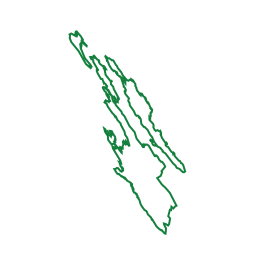 the district of Ålesund nor, Møre og Romsdal, Norway, rotated 62°
{"feature_id": "86288312B66983801026495", "entity_name": "Ålesund nor", "entity_type": "district", "adm_level": 2, "iso_a3": "NOR", "parent_name": "Norway", "parent_adm1": "Møre og Romsdal", "projection": "robinson", "projection_center": [6.304, 62.469], "detail": "fine", "context": "isolated", "style": "outline", "palette": "green", "viewbox_px": 256, "rotation_deg": 62, "n_neighbors": 0, "source": "geoboundaries", "source_scale": "gbopen_adm2", "svg_char_len": 5942}
<svg xmlns="http://www.w3.org/2000/svg" viewBox="0 0 256 256"><g transform="rotate(62 128 128)"><path d="M139.0,150.9L153.0,150.1L155.0,150.5L153.9,151.0L154.3,151.3L153.9,151.7L156.3,151.5L156.9,151.8L156.6,152.2L158.7,152.5L159.6,151.9L161.6,152.3L161.1,151.5L162.5,151.5L161.7,151.7L163.3,152.3L163.6,153.8L162.8,153.8L162.7,154.8L158.7,155.7L158.0,156.9L158.4,158.3L157.9,159.3L161.1,159.2L163.3,158.9L164.3,158.2L164.3,157.6L167.6,156.6L167.5,156.2L170.4,154.9L169.6,154.7L170.6,154.0L174.3,153.4L177.2,151.5L179.3,150.8L179.7,151.0L178.4,151.7L181.1,152.4L182.0,151.7L184.2,151.7L184.5,151.8L183.7,152.5L185.9,153.0L188.0,152.9L188.3,152.2L190.3,151.4L190.5,151.9L192.4,151.4L193.1,152.0L193.9,151.8L193.8,152.2L196.6,151.7L201.0,152.6L203.7,152.6L208.1,151.9L210.2,150.7L213.7,151.0L217.8,149.7L219.9,150.0L219.9,149.5L228.4,149.0L231.7,147.9L234.0,146.7L234.0,146.2L238.1,145.2L238.9,144.5L234.6,141.6L230.4,141.5L229.2,141.1L230.7,139.6L232.9,138.4L232.1,136.8L227.6,133.3L224.8,133.9L219.9,129.4L220.7,128.5L217.9,126.6L220.3,125.8L219.4,123.3L219.4,121.7L205.0,121.5L198.7,122.9L193.8,124.6L185.9,125.7L185.6,121.5L183.0,118.6L181.9,118.7L179.6,113.3L176.9,113.2L173.8,113.8L173.4,114.6L170.8,115.4L167.5,115.3L165.6,115.8L165.2,116.3L165.7,117.0L165.3,117.6L153.4,118.0L151.7,118.8L150.9,120.2L151.2,120.3L151.1,121.2L150.3,121.5L152.0,122.6L152.3,123.0L151.9,123.7L149.8,123.3L149.9,123.7L149.1,123.5L148.4,124.1L141.4,125.4L134.8,124.1L126.9,125.8L115.6,125.6L112.6,126.5L110.6,126.1L102.0,128.0L98.6,127.5L98.8,128.1L97.5,127.9L97.5,128.5L94.7,128.1L94.5,127.6L91.6,127.4L88.5,128.1L86.1,127.9L80.9,129.7L80.2,130.7L80.4,131.2L81.5,131.4L84.5,131.3L86.0,130.7L89.0,130.6L89.5,129.8L91.3,130.1L89.6,131.3L95.8,131.2L95.7,131.7L94.9,132.0L96.0,132.8L93.4,134.5L93.9,134.8L93.7,135.3L95.2,135.4L93.8,135.8L94.3,136.7L96.8,135.5L99.6,135.8L107.2,134.9L109.8,134.1L111.9,134.1L111.6,133.6L112.2,133.3L115.8,133.6L120.6,132.4L121.8,132.8L129.4,132.8L133.1,133.7L136.2,133.3L144.1,135.0L144.0,135.6L138.4,136.1L139.4,137.1L140.3,137.1L141.1,136.4L140.9,136.9L141.6,137.1L141.5,137.9L137.3,138.1L137.8,139.0L140.2,139.7L141.7,141.4L143.4,142.2L142.4,142.9L143.6,142.9L143.5,143.4L142.8,144.0L141.1,144.3L141.1,145.1L145.7,144.5L146.4,144.9L143.2,145.2L144.5,145.7L138.1,146.8L138.4,147.7L141.3,148.5L140.3,148.6L140.0,149.5L138.1,149.7L137.2,150.4L139.0,150.9ZM193.4,99.3L193.1,97.9L186.8,96.7L184.8,96.9L183.8,97.7L181.7,97.6L180.9,98.4L175.3,99.8L173.2,99.9L173.1,99.3L172.2,99.0L171.1,99.4L171.7,100.3L170.7,100.1L169.3,100.9L163.5,101.5L163.0,102.1L161.2,102.9L160.4,102.6L160.5,101.1L160.3,101.0L158.8,101.0L158.6,102.0L152.9,102.6L149.2,102.3L149.2,101.8L147.9,101.5L147.8,101.1L146.3,100.9L146.5,101.2L143.8,102.9L143.8,103.8L143.3,104.4L143.5,104.9L141.8,105.4L139.0,105.2L137.9,104.2L136.1,103.9L131.1,105.2L130.3,105.0L128.1,103.8L129.3,103.5L128.3,102.9L128.1,102.2L125.5,101.3L124.9,100.2L125.4,100.2L125.2,99.7L123.7,98.4L121.9,98.8L122.1,98.2L120.1,98.6L115.4,98.2L114.6,98.4L114.9,99.0L112.1,99.2L109.7,99.0L110.2,98.5L109.4,98.4L107.1,99.6L104.3,99.6L103.1,101.1L104.5,100.6L105.2,101.3L102.2,101.5L104.1,101.4L104.0,101.9L100.6,102.0L100.0,102.4L96.5,102.0L96.1,101.6L94.2,101.8L93.0,100.9L88.3,101.2L87.0,101.9L88.4,102.2L86.2,103.5L86.5,105.4L85.2,106.5L79.1,107.9L75.5,107.8L70.1,108.9L68.2,108.6L66.5,109.1L61.8,109.2L61.0,109.5L60.7,110.4L57.8,111.7L57.1,113.0L54.0,114.1L54.3,114.5L58.5,114.4L59.0,114.7L58.4,114.9L59.0,115.1L59.7,114.6L63.6,115.1L68.4,114.8L70.9,114.0L70.7,113.4L73.6,111.7L74.5,111.8L74.2,112.6L75.5,112.5L78.6,111.3L78.5,110.9L79.1,110.5L80.9,110.4L81.4,109.8L81.2,109.2L82.5,108.2L85.4,108.4L87.2,109.3L84.3,109.6L83.3,110.5L81.4,110.3L81.3,110.7L89.1,112.0L89.4,112.4L90.9,111.9L93.6,112.1L94.5,113.0L94.0,113.6L94.5,113.4L94.0,113.7L94.2,113.9L96.7,114.3L102.3,113.3L103.7,114.8L105.5,115.2L106.2,114.8L109.1,115.8L115.7,114.9L119.7,115.2L121.3,114.7L121.4,113.8L122.0,113.3L124.0,112.7L124.1,113.3L126.1,112.6L130.8,114.3L134.5,113.5L134.8,112.9L138.7,111.6L144.4,111.6L147.5,111.0L152.5,111.5L149.0,113.5L149.3,114.1L150.6,113.9L151.8,112.9L152.6,113.7L154.5,113.8L156.1,112.8L156.6,111.9L154.7,111.1L158.4,110.5L160.5,108.9L164.4,108.0L165.0,108.5L168.0,106.9L180.6,104.8L183.4,103.7L186.0,103.7L188.2,101.8L192.7,100.3L193.4,99.3ZM64.5,119.9L62.5,120.0L61.5,120.7L61.4,121.3L58.1,122.7L55.8,122.7L55.6,122.1L54.3,122.0L53.2,123.0L47.4,124.2L50.0,125.0L48.0,127.0L47.6,128.0L50.9,128.1L48.8,127.6L51.8,126.9L53.3,127.6L62.7,127.2L62.8,127.8L61.6,128.0L62.9,128.8L65.3,129.1L71.9,128.9L72.6,127.7L76.8,128.2L76.6,127.9L77.5,127.9L77.2,127.8L78.4,127.3L81.5,126.8L82.0,126.9L79.9,127.3L82.0,127.5L82.3,128.2L81.9,128.2L82.0,128.5L82.9,128.7L85.4,127.5L90.0,127.5L94.4,126.6L95.2,125.9L92.8,125.8L94.8,125.4L96.5,125.5L96.3,126.1L98.6,126.2L99.4,126.0L99.2,125.8L100.4,124.9L97.4,123.4L98.5,123.1L98.2,122.4L97.2,122.2L87.1,122.3L84.5,121.7L81.4,122.5L79.8,121.8L79.2,120.4L78.9,120.4L79.2,121.3L70.6,122.8L65.5,121.3L66.1,120.6L65.9,120.2L65.1,120.4L64.6,121.3L63.6,121.4L63.4,120.6L64.5,119.9ZM25.0,126.6L18.6,128.0L18.4,128.9L18.9,129.4L22.1,129.3L22.5,129.7L20.6,130.2L20.4,131.0L21.8,131.3L18.0,133.7L17.9,135.4L17.1,135.6L18.9,135.7L21.3,137.1L20.6,137.2L25.6,137.7L36.9,135.5L51.8,135.1L55.9,133.5L55.0,133.3L56.5,132.1L57.2,132.2L56.8,131.4L54.6,131.5L46.2,133.3L35.3,132.3L33.8,131.6L34.5,131.4L31.9,131.1L31.7,130.6L33.7,130.6L33.1,130.1L31.0,130.1L30.8,129.3L32.3,129.0L30.4,128.4L36.3,126.1L36.0,125.8L30.3,127.3L28.8,127.0L29.3,126.7L28.9,126.4L25.0,126.6ZM123.9,143.7L123.1,143.9L122.0,145.4L126.0,146.2L127.4,147.1L124.4,148.0L121.5,147.5L120.9,147.8L121.1,148.8L120.0,149.1L118.7,148.6L117.3,149.2L120.7,150.0L125.5,149.5L128.8,151.0L130.1,151.0L134.8,150.2L135.2,149.2L134.9,148.9L135.5,147.4L137.5,147.3L133.6,146.7L134.2,145.7L131.8,145.0L131.5,144.6L131.9,144.3L129.6,143.6L125.9,143.9L126.2,144.6L123.9,143.7Z" fill="none" stroke="#15803d" stroke-width="2"/></g></svg>